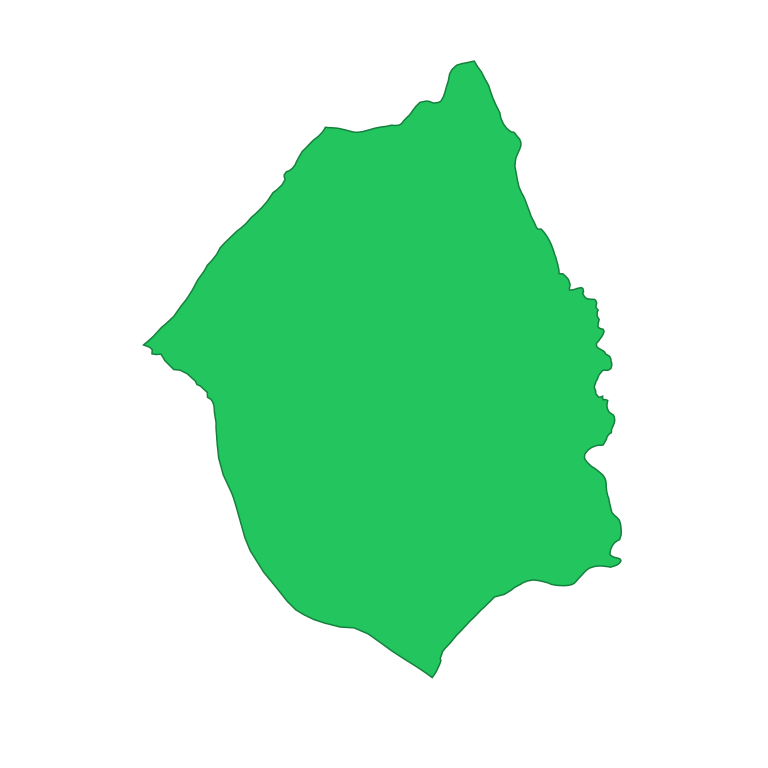 outline of Rumduol, Svay Rieng, Cambodia, rotated 78°
{"feature_id": "14789045B51142255514393", "entity_name": "Rumduol", "entity_type": "district", "adm_level": 2, "iso_a3": "KHM", "parent_name": "Cambodia", "parent_adm1": "Svay Rieng", "projection": "albers", "projection_center": [105.826, 11.218], "detail": "fine", "context": "isolated", "style": "filled", "palette": "green", "viewbox_px": 768, "rotation_deg": 78, "n_neighbors": 0, "source": "geoboundaries", "source_scale": "gbopen_adm2", "svg_char_len": 5082}
<svg xmlns="http://www.w3.org/2000/svg" viewBox="0 0 768 768"><g transform="rotate(78 384 384)"><path d="M489.3,182.5L487.8,181.0L485.7,179.2L484.1,177.8L481.9,176.7L479.6,174.0L478.9,171.8L475.2,170.6L472.5,168.5L470.0,166.9L467.7,165.9L465.8,165.7L464.0,165.6L462.1,166.0L460.2,167.9L458.3,169.6L455.3,170.5L452.6,170.6L450.2,170.1L448.1,169.2L446.6,168.6L445.4,170.3L445.0,172.8L443.2,173.1L441.4,172.7L441.8,174.6L441.6,176.7L437.6,178.8L434.5,178.4L432.0,178.9L430.4,178.8L428.8,178.0L427.1,176.8L425.7,176.3L424.4,174.9L422.7,173.7L419.8,171.8L418.0,169.6L416.3,167.5L416.3,165.7L417.1,162.6L416.9,160.8L415.9,158.7L413.0,157.3L410.3,156.9L408.8,157.2L406.4,156.9L404.0,157.5L402.8,158.6L400.8,160.9L398.9,161.4L397.5,162.3L395.8,164.2L393.7,166.6L391.9,168.0L390.2,168.2L388.3,167.6L386.7,165.3L385.0,163.5L382.9,161.1L380.6,159.1L378.2,157.8L376.1,158.2L374.6,161.0L373.3,162.5L371.4,162.7L369.5,161.9L367.3,160.9L365.5,160.1L363.6,160.9L361.8,161.4L359.2,160.8L357.6,160.3L356.4,159.2L354.7,160.0L352.8,160.8L348.9,159.1L346.1,159.6L344.9,160.8L343.9,164.9L342.7,167.8L341.3,169.1L339.5,170.0L336.6,170.9L335.5,169.7L331.9,169.6L330.7,171.1L330.7,175.5L331.1,178.1L331.1,180.9L330.7,183.0L328.3,182.6L326.9,181.8L324.9,181.2L323.4,181.6L321.8,181.6L319.6,182.1L317.6,183.2L316.0,184.3L313.4,186.1L312.4,189.8L309.1,189.2L303.2,189.2L299.6,189.5L296.2,189.6L292.2,190.2L288.1,190.5L282.5,191.4L279.3,192.1L275.6,193.2L272.8,194.2L270.2,195.3L268.8,195.9L265.1,198.1L264.7,200.9L263.0,202.2L257.8,203.3L250.2,205.3L245.9,205.8L239.3,206.8L233.2,207.7L228.7,208.7L226.1,209.6L219.3,211.0L211.8,211.1L206.0,210.9L198.3,210.7L192.8,209.0L189.8,207.7L184.9,204.2L182.6,202.5L179.3,200.5L176.3,199.9L172.7,200.4L170.0,201.9L167.0,203.4L165.1,204.3L163.4,207.7L160.9,209.7L158.4,211.4L154.1,213.2L148.4,214.4L142.8,214.3L134.8,216.4L127.2,218.0L122.3,218.7L113.8,219.6L106.9,221.7L98.8,223.9L92.9,226.6L86.9,228.6L86.9,238.0L86.8,241.5L87.3,246.7L90.3,251.8L94.2,255.3L100.7,258.0L106.0,261.0L111.6,263.9L115.4,266.2L119.3,269.7L119.9,272.6L119.5,277.2L118.3,279.0L117.0,280.9L116.2,283.1L116.0,285.1L116.0,290.3L119.1,295.1L121.8,298.3L124.5,301.2L126.7,303.8L127.6,305.5L129.0,307.6L130.8,310.2L133.0,312.8L133.9,315.5L133.5,319.5L132.4,322.7L132.5,327.7L132.0,333.9L131.9,339.3L132.3,345.4L132.7,352.5L132.4,357.0L131.6,360.6L129.3,365.4L127.3,369.3L124.7,374.9L123.8,377.3L122.2,382.9L121.7,385.0L120.7,388.0L122.9,389.8L125.2,392.4L128.0,396.5L130.8,402.3L133.5,406.5L136.4,410.6L139.7,415.8L144.0,419.7L148.1,423.2L151.3,425.5L153.7,428.4L154.7,430.2L155.8,432.5L156.0,435.2L158.6,438.1L160.2,438.5L161.7,438.4L163.4,438.2L167.9,442.2L171.7,448.2L173.7,452.7L181.0,460.2L185.8,466.5L190.4,473.6L193.6,479.4L198.2,485.4L201.3,490.7L204.0,496.3L208.4,503.4L213.1,510.8L216.7,515.9L222.4,520.7L227.1,526.3L229.3,529.4L231.1,532.1L233.5,534.1L235.4,535.8L238.3,538.8L243.2,544.3L252.1,551.8L259.9,559.4L265.7,566.5L271.5,572.7L274.2,575.6L278.3,582.4L280.9,586.9L282.2,589.6L285.8,594.6L289.7,600.1L291.3,602.9L292.7,605.3L293.8,607.2L294.5,608.7L295.8,611.1L299.3,605.6L302.2,603.6L306.3,604.7L307.8,600.8L308.4,595.9L315.7,593.4L326.1,586.7L328.1,580.5L329.6,578.7L333.2,574.2L338.7,570.3L341.9,567.9L345.6,567.1L347.9,563.9L352.0,561.1L355.5,558.6L360.3,559.4L362.9,556.6L365.3,555.5L369.6,554.8L377.1,555.8L386.9,556.3L388.8,556.7L391.8,557.4L409.4,559.8L422.4,561.1L439.6,560.1L458.8,555.7L464.8,554.8L474.5,554.0L490.1,553.0L505.6,552.0L519.3,549.5L543.1,540.8L561.6,531.2L576.5,523.8L586.6,517.2L593.2,510.1L599.8,501.6L605.4,492.0L607.7,487.3L612.6,477.4L616.3,464.0L625.2,451.4L637.7,439.9L646.8,431.8L657.0,421.6L667.0,411.2L675.8,402.7L681.2,397.9L678.5,395.0L676.8,393.3L674.7,391.5L673.1,390.4L670.3,388.2L667.4,386.4L666.0,385.8L664.4,386.2L660.5,383.8L657.9,382.4L655.6,379.6L653.6,376.7L650.8,372.7L648.8,370.2L645.0,365.5L642.2,361.2L639.7,357.6L636.9,353.6L633.8,349.2L632.1,346.4L628.6,341.0L624.9,335.6L623.1,332.3L620.1,327.7L618.6,325.1L616.6,322.3L615.3,320.2L615.0,315.1L614.8,310.1L613.2,305.5L611.9,302.0L610.2,298.7L608.8,294.0L608.3,291.8L607.5,290.2L606.9,287.0L606.5,285.1L606.6,280.6L606.9,278.1L607.8,275.4L608.9,272.6L610.1,269.9L610.9,268.4L612.0,266.3L613.1,264.1L614.6,262.3L616.4,258.0L617.0,256.4L617.7,253.8L618.7,250.0L619.1,247.1L619.3,244.4L619.1,241.3L618.4,239.3L617.1,237.2L615.0,234.5L613.3,232.1L610.9,228.6L609.3,226.4L607.9,223.9L606.9,221.6L606.4,218.1L606.3,214.1L606.9,210.7L607.4,208.3L609.3,202.8L610.3,200.5L610.0,198.2L609.8,195.5L609.4,193.7L608.8,192.2L607.9,190.5L606.2,189.0L604.5,189.3L603.3,190.8L601.3,195.0L600.1,196.6L597.8,198.5L593.3,196.9L589.5,194.2L587.2,191.4L586.0,188.8L585.2,185.9L581.3,183.6L577.2,182.5L572.3,181.9L569.2,181.8L565.9,182.2L562.8,184.0L560.1,186.1L557.1,187.8L551.5,188.0L547.5,188.1L542.2,188.0L540.1,188.4L535.3,188.5L531.2,188.0L527.3,187.4L525.7,187.2L522.4,187.4L518.8,188.7L515.3,191.3L510.7,195.1L507.0,198.8L502.9,201.5L499.2,203.2L496.7,203.0L494.2,202.0L491.0,198.1L489.2,194.0L488.5,189.6L488.5,187.1L489.3,182.5Z" fill="#22c55e" stroke="#15803d" stroke-width="1.5"/></g></svg>